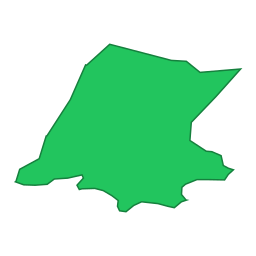 outline of Lidköping, Västra Götaland, Sweden
{"feature_id": "70781695B58829616428329", "entity_name": "Lidköping", "entity_type": "district", "adm_level": 2, "iso_a3": "SWE", "parent_name": "Sweden", "parent_adm1": "Västra Götaland", "projection": "equal_earth", "projection_center": [13.062, 58.573], "detail": "fine", "context": "isolated", "style": "filled", "palette": "green", "viewbox_px": 256, "rotation_deg": 0, "n_neighbors": 0, "source": "geoboundaries", "source_scale": "gbopen_adm2", "svg_char_len": 774}
<svg xmlns="http://www.w3.org/2000/svg" viewBox="0 0 256 256"><path d="M109.7,44.3L86.6,65.2L85.6,64.9L70.3,99.7L47.0,135.8L46.2,136.0L39.2,158.7L19.7,169.3L16.0,181.3L15.4,181.8L23.7,184.8L35.1,185.2L47.2,184.3L54.3,179.0L67.8,178.1L82.0,174.9L83.4,178.1L77.0,185.2L79.3,189.5L82.0,188.8L94.8,188.4L103.3,190.6L111.8,195.6L118.2,200.5L117.5,206.3L119.6,210.8L126.0,211.7L133.8,205.4L141.6,201.8L158.0,203.6L167.9,206.3L174.3,207.7L181.4,201.8L186.5,200.1L186.0,200.0L181.5,194.5L181.9,187.3L185.5,184.2L196.9,179.6L208.7,179.6L224.6,179.9L228.3,174.4L233.4,169.8L228.3,168.2L223.3,165.5L221.1,155.7L211.9,151.7L206.2,151.2L189.9,140.5L191.3,122.3L216.0,96.5L240.6,69.0L200.0,72.4L186.3,61.3L171.3,60.4L109.7,44.3Z" fill="#22c55e" stroke="#15803d" stroke-width="1.5"/></svg>